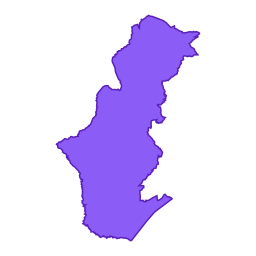 Huayacocotla, Veracruz, Mexico (Albers equal-area conic projection)
{"feature_id": "50627088B38829203416925", "entity_name": "Huayacocotla", "entity_type": "district", "adm_level": 2, "iso_a3": "MEX", "parent_name": "Mexico", "parent_adm1": "Veracruz", "projection": "albers", "projection_center": [-98.484, 20.524], "detail": "fine", "context": "isolated", "style": "filled", "palette": "violet", "viewbox_px": 256, "rotation_deg": 0, "n_neighbors": 0, "source": "geoboundaries", "source_scale": "gbopen_adm2", "svg_char_len": 5792}
<svg xmlns="http://www.w3.org/2000/svg" viewBox="0 0 256 256"><path d="M131.5,240.5L146.3,221.6L154.5,212.1L172.1,198.8L171.2,197.8L169.8,197.2L169.6,197.4L169.2,196.9L167.0,196.6L165.0,194.3L163.8,195.0L162.3,198.0L158.3,200.5L157.7,200.4L157.4,200.0L156.9,195.7L153.0,197.6L148.5,200.4L145.8,200.4L146.1,200.9L146.0,201.6L144.4,201.8L143.1,200.5L142.9,200.9L142.4,200.5L140.1,200.5L140.3,195.8L139.8,193.4L140.0,190.6L141.7,189.9L143.1,187.7L143.8,187.6L143.8,186.9L143.7,185.8L142.7,185.6L139.0,185.7L141.7,183.2L143.1,179.9L145.2,179.6L145.3,178.6L146.2,178.4L146.8,177.7L146.8,176.5L148.5,175.4L148.3,174.5L149.0,174.9L150.5,174.2L150.9,172.9L152.1,171.8L151.9,170.6L152.9,170.7L152.6,169.8L153.3,169.5L153.8,168.5L156.0,168.1L156.6,165.2L157.1,164.5L158.2,164.2L158.2,162.7L157.4,160.3L158.3,155.9L159.1,157.1L159.6,156.4L160.0,156.6L160.1,156.1L161.0,156.7L161.4,156.4L162.5,152.3L161.4,150.8L161.5,150.2L160.6,149.9L160.2,148.5L159.9,148.3L159.2,148.6L158.2,146.9L154.9,144.8L154.1,143.4L154.6,142.9L154.7,142.2L154.1,141.2L153.0,140.3L152.3,138.9L149.9,136.3L148.8,135.6L148.7,134.9L147.7,134.0L148.1,133.5L147.2,131.9L148.2,131.2L148.5,130.4L148.2,128.1L148.6,127.7L149.8,127.5L150.3,128.1L151.0,128.0L151.3,126.4L151.0,124.0L151.2,123.2L151.0,122.8L151.3,120.9L153.6,119.9L155.2,120.0L156.9,119.6L155.9,121.6L156.4,122.6L157.1,122.9L157.4,122.3L158.5,123.3L160.9,122.3L161.1,122.8L161.8,122.6L163.0,120.5L164.0,119.6L164.3,118.4L165.3,117.5L162.9,116.9L161.7,115.9L160.5,112.4L160.9,111.9L160.9,110.6L160.5,107.5L160.2,107.0L159.3,107.0L157.6,105.3L158.0,105.1L157.7,104.7L158.4,104.3L159.8,105.0L160.8,104.8L161.8,103.5L162.3,103.5L162.6,102.7L163.1,102.6L163.0,101.9L164.4,101.8L164.1,101.0L165.7,100.0L164.8,99.1L164.1,99.0L165.8,98.1L165.5,96.8L165.9,96.6L165.4,96.1L166.2,95.7L165.7,94.9L164.8,95.4L164.8,94.6L164.5,94.7L164.1,94.3L164.4,93.7L163.9,93.1L164.8,92.5L165.0,91.8L164.6,90.4L163.6,89.0L162.8,85.7L162.0,84.5L162.0,83.6L162.4,83.0L162.0,82.7L162.3,81.3L162.4,81.0L165.7,81.0L166.1,80.5L167.6,80.3L168.0,80.6L170.9,77.9L171.3,77.0L172.7,76.8L175.0,74.9L176.7,74.2L177.2,73.5L177.4,71.7L178.1,70.9L177.5,68.7L178.6,68.3L178.7,67.4L179.4,67.2L179.4,66.6L180.6,63.9L181.3,63.7L181.4,62.8L181.0,62.1L180.9,60.9L183.0,59.9L183.6,59.2L183.0,57.8L183.2,56.7L183.8,56.0L185.0,55.9L187.8,56.6L188.2,56.1L189.2,56.3L189.9,56.0L190.7,56.5L191.8,56.6L192.8,56.2L193.9,54.9L197.9,54.8L197.5,54.1L196.4,53.5L196.1,52.3L195.2,51.6L194.0,48.6L191.1,47.1L189.2,43.7L191.1,42.3L192.6,40.4L195.6,38.1L197.4,37.3L197.7,37.0L195.3,36.7L196.6,36.1L199.5,33.7L199.1,32.8L196.2,31.5L194.8,32.2L193.5,31.4L192.5,32.1L189.9,31.7L185.3,32.8L182.3,32.8L182.1,31.6L179.5,31.0L176.7,29.1L174.7,28.5L174.4,25.9L170.9,27.6L166.1,22.6L163.0,20.5L152.2,16.4L150.7,16.3L148.5,15.4L147.9,16.1L146.7,16.4L145.8,17.8L144.5,18.4L143.0,19.8L140.8,19.2L141.6,19.9L140.8,21.9L139.7,23.1L139.4,28.3L138.5,27.2L138.4,25.8L137.6,24.4L134.2,25.4L133.9,26.0L131.7,27.2L132.3,28.8L132.0,31.0L132.5,33.5L131.4,34.8L131.6,35.9L131.4,38.5L130.9,39.3L129.5,40.1L129.1,42.5L129.9,43.8L129.5,44.2L127.6,44.8L126.6,45.8L126.2,46.9L124.8,46.8L124.0,47.3L123.4,48.5L121.5,48.8L121.6,49.6L121.0,50.2L119.5,50.9L118.6,50.8L118.3,51.5L117.4,51.6L116.9,54.2L116.3,54.5L115.4,54.2L115.0,54.7L115.5,55.0L114.6,56.2L114.6,56.7L113.8,56.5L112.6,57.5L112.6,58.6L112.1,60.1L112.4,62.0L115.0,67.7L115.5,72.0L118.7,79.6L119.9,80.3L120.2,81.2L120.6,81.5L120.1,82.5L121.1,83.9L121.6,86.8L120.6,88.8L120.6,89.9L119.4,90.5L119.1,89.9L118.0,89.2L116.6,90.0L115.3,89.5L111.8,89.6L110.7,88.3L109.9,88.1L109.0,87.3L108.2,85.9L106.6,85.6L105.0,85.9L103.1,86.8L98.2,92.6L98.0,93.7L97.2,94.1L97.2,94.9L96.8,95.3L97.5,96.8L96.5,97.7L96.8,99.8L96.1,100.5L96.7,101.2L97.0,102.5L96.6,106.3L97.4,107.3L96.8,107.9L96.5,108.9L96.6,111.2L95.7,112.1L96.4,113.6L95.9,114.1L96.2,114.4L95.5,116.1L92.9,118.4L90.8,124.0L89.7,125.3L88.9,125.5L89.0,126.1L88.3,126.3L86.9,127.7L85.4,128.3L84.8,129.6L82.5,130.0L81.9,130.6L79.8,131.0L79.1,132.0L79.1,133.6L78.3,133.9L77.7,135.2L78.2,136.4L77.1,136.4L73.2,137.3L71.8,136.6L70.8,136.6L70.1,137.6L68.9,138.2L68.7,138.7L67.8,139.4L64.6,138.7L63.3,140.1L62.5,140.4L62.1,141.2L61.3,141.3L60.9,141.9L59.9,141.9L59.8,142.4L58.7,142.2L57.9,143.7L57.0,143.7L56.5,144.4L57.6,145.2L57.8,147.3L58.3,148.0L60.2,148.4L61.4,149.2L62.8,150.8L62.5,151.9L64.0,153.2L66.2,154.0L66.6,155.8L67.8,155.9L67.7,156.2L66.6,156.7L66.6,157.6L68.2,157.8L68.4,158.3L67.7,159.0L68.8,159.5L69.0,160.5L70.1,161.2L70.4,163.2L71.5,163.9L72.8,165.7L74.2,166.5L79.0,171.4L79.0,172.3L80.3,173.2L79.5,175.4L80.0,177.9L81.2,178.9L81.0,179.6L82.5,179.7L82.3,181.3L81.3,181.3L81.0,181.8L81.6,182.9L81.3,184.4L82.4,185.3L81.6,186.5L82.1,187.5L82.6,187.8L82.0,188.8L82.6,189.5L82.4,191.3L82.7,191.6L82.4,192.5L82.6,193.6L82.0,195.3L82.6,196.0L82.1,196.7L83.3,198.9L83.0,200.6L82.1,200.8L82.2,202.9L83.5,204.6L85.4,204.9L83.2,206.1L83.4,206.5L84.6,206.7L85.0,207.3L84.8,208.9L85.3,209.4L84.7,211.0L85.4,211.7L85.4,212.8L85.2,213.5L84.6,214.0L86.1,214.7L85.7,215.9L85.1,216.6L85.1,217.2L84.3,217.9L84.8,219.1L83.8,220.6L83.1,221.1L83.6,221.7L83.8,222.9L82.9,223.5L83.1,223.9L84.9,224.3L84.9,225.0L85.9,225.1L86.2,226.0L87.6,224.9L87.8,226.3L88.4,226.9L88.5,228.0L89.6,228.5L89.6,229.4L90.5,229.7L90.9,230.6L91.0,231.9L93.4,231.8L94.3,233.0L94.9,232.6L95.9,234.4L96.1,234.0L97.2,234.0L97.6,234.3L97.3,234.8L99.0,235.4L99.0,236.1L100.2,237.3L101.5,237.0L102.1,236.5L102.9,236.5L103.6,235.9L104.0,236.1L104.3,236.8L105.7,236.8L106.7,238.2L107.5,237.5L107.6,236.8L109.3,237.2L109.9,236.9L110.0,236.2L110.8,236.9L111.7,236.3L112.6,236.8L112.7,237.7L115.3,237.3L117.1,238.6L118.0,238.0L119.2,238.2L120.5,237.6L122.0,237.6L123.5,238.1L125.6,237.9L125.9,238.3L128.2,238.8L129.0,239.7L130.5,240.6L131.5,240.5Z" fill="#8b5cf6" stroke="#5b21b6" stroke-width="1.5"/></svg>